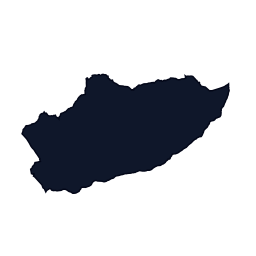 the district of Pesceana, Vâlcea, Romania, rotated 82°
{"feature_id": "2599482B54913622805817", "entity_name": "Pesceana", "entity_type": "district", "adm_level": 2, "iso_a3": "ROU", "parent_name": "Romania", "parent_adm1": "Vâlcea", "projection": "robinson", "projection_center": [24.119, 44.892], "detail": "fine", "context": "isolated", "style": "filled", "palette": "ink", "viewbox_px": 256, "rotation_deg": 82, "n_neighbors": 0, "source": "geoboundaries", "source_scale": "gbopen_adm2", "svg_char_len": 5706}
<svg xmlns="http://www.w3.org/2000/svg" viewBox="0 0 256 256"><g transform="rotate(82 128 128)"><path d="M179.8,218.3L179.1,217.8L178.4,217.0L177.9,216.1L177.6,215.2L177.1,214.4L177.1,213.6L177.5,212.9L178.8,212.3L179.2,211.7L179.3,211.1L179.6,210.6L179.7,208.6L180.3,207.1L180.4,203.2L180.3,202.5L179.9,201.6L179.7,200.7L179.7,200.1L180.0,198.5L180.6,197.5L182.6,195.3L183.6,193.2L184.7,192.1L184.9,191.8L185.1,190.4L185.1,188.7L183.9,185.3L182.8,184.6L181.9,183.5L180.5,182.6L180.2,182.4L180.2,181.9L180.5,180.8L180.4,179.7L180.7,179.1L180.8,178.6L180.7,177.5L180.3,175.9L180.2,174.8L179.3,172.7L178.3,171.8L177.0,171.0L176.4,170.2L175.5,168.4L175.5,167.2L175.6,166.7L176.2,165.5L177.0,161.4L177.3,160.6L177.8,159.5L177.9,158.7L177.7,157.6L177.8,157.5L177.5,156.4L177.0,155.9L177.0,154.6L176.6,153.5L176.2,152.7L176.0,152.1L175.8,151.8L175.6,149.7L175.2,148.9L174.6,148.2L173.8,146.8L173.7,144.8L173.7,143.7L173.3,141.4L173.3,139.8L172.8,137.4L173.0,136.0L172.9,134.7L173.0,132.4L173.1,131.4L172.8,130.0L173.0,129.0L172.8,128.1L173.0,127.3L172.6,126.4L172.1,124.1L171.7,123.1L171.8,122.1L172.6,119.6L172.9,117.6L172.8,115.8L172.5,114.9L172.8,112.7L172.7,111.8L172.3,110.5L171.1,108.7L170.2,106.8L169.3,104.0L169.5,101.3L169.4,100.9L168.5,99.0L168.4,98.0L167.2,95.9L166.4,95.3L165.6,94.1L165.2,93.3L164.4,92.6L164.5,91.3L164.2,90.7L162.7,90.0L161.8,88.9L160.1,87.8L160.1,86.8L160.0,86.0L160.1,84.5L159.6,82.2L159.1,81.1L158.1,79.3L157.6,77.9L156.3,76.0L155.2,73.0L153.0,70.3L151.4,67.4L150.0,65.7L148.6,63.5L148.4,63.0L148.4,62.3L147.6,61.3L147.2,60.6L146.6,58.5L146.3,57.7L146.7,57.2L146.6,56.7L145.5,55.7L142.4,53.8L141.0,53.3L139.4,51.4L138.4,49.8L137.9,49.3L136.9,48.6L136.4,48.4L135.5,47.3L134.9,46.9L133.5,46.4L133.2,46.1L132.6,44.8L132.4,42.1L131.9,41.1L130.5,39.7L130.4,38.6L130.0,37.4L129.7,35.7L129.5,35.3L128.2,34.3L125.7,33.7L124.5,33.7L123.4,33.2L122.0,33.1L121.4,32.4L120.7,32.0L120.2,31.1L119.7,30.5L116.6,28.8L115.6,28.0L113.9,27.2L112.5,26.0L110.3,25.0L109.2,24.3L106.8,23.6L106.0,23.1L105.1,22.7L103.8,22.7L102.7,23.0L102.2,22.6L100.7,22.7L100.1,22.6L99.7,22.4L98.3,22.3L98.9,23.2L99.6,25.1L100.2,26.1L100.6,27.3L101.0,29.0L101.6,32.1L102.8,39.4L102.5,42.2L98.3,45.7L96.8,49.8L95.7,50.2L95.7,50.3L94.5,50.9L93.6,51.1L93.2,50.9L92.8,51.0L92.8,52.1L92.7,52.2L92.1,52.6L91.7,53.0L90.6,53.2L89.9,54.1L88.9,54.6L88.0,55.3L86.6,56.2L86.0,56.7L85.6,57.6L85.4,58.4L85.3,60.4L85.0,61.4L85.0,62.9L84.8,63.6L84.4,64.0L85.5,63.9L86.4,63.6L86.7,64.1L86.9,65.3L87.1,66.0L86.9,67.5L86.9,68.0L87.4,70.1L87.3,71.4L86.8,72.4L86.6,73.1L86.2,73.2L86.0,73.4L85.7,73.8L85.6,74.2L85.4,74.6L85.4,75.2L85.3,75.4L85.3,75.9L84.8,76.5L84.8,76.9L85.0,77.4L84.4,78.5L84.7,79.3L85.0,79.6L85.5,79.7L85.6,79.9L85.6,80.3L85.4,80.8L85.7,81.3L85.6,82.0L85.9,82.6L86.0,83.4L86.4,83.8L86.4,84.1L86.0,84.5L86.1,85.0L85.8,85.4L86.1,86.3L86.2,86.7L86.5,87.3L86.6,87.9L86.5,88.0L86.0,88.1L85.7,88.4L85.6,88.6L85.8,89.8L84.8,90.9L84.6,91.3L84.6,91.7L85.1,92.8L85.5,93.2L85.6,93.8L87.2,95.7L87.1,96.0L86.7,96.2L86.5,96.4L86.6,96.7L86.4,97.8L86.5,99.2L86.6,99.5L86.5,101.5L86.9,103.0L86.7,104.7L86.6,105.5L86.6,106.4L87.1,108.2L87.6,109.2L87.1,110.8L87.1,111.7L87.6,112.3L88.3,112.8L88.4,113.1L88.3,113.5L89.6,115.0L89.6,116.3L90.0,116.7L90.6,116.7L91.1,117.0L91.2,117.4L90.7,118.1L90.7,118.5L91.0,118.9L90.7,119.3L89.5,120.2L87.8,121.6L87.2,122.4L87.0,122.8L86.9,123.5L86.6,124.5L86.5,125.6L85.8,127.1L85.2,129.9L84.9,130.9L84.4,131.6L83.4,132.3L83.0,133.1L82.2,133.8L82.0,134.1L81.8,134.9L80.4,136.2L79.9,136.5L79.4,136.7L78.5,136.7L78.4,136.8L78.7,137.4L78.7,137.6L78.3,138.1L78.0,139.0L77.8,139.2L77.0,139.4L76.1,140.7L75.1,140.6L73.9,140.6L73.7,141.5L72.7,142.1L72.2,142.7L72.1,143.8L71.5,145.0L71.4,146.2L71.8,146.8L71.9,147.3L72.2,147.7L72.2,148.1L71.9,148.5L71.2,149.0L71.1,149.4L71.1,150.0L71.4,150.5L71.5,151.3L71.3,151.9L71.6,152.4L71.6,152.5L71.2,152.8L70.9,153.1L70.9,155.5L71.1,156.2L72.2,156.2L72.7,156.5L72.9,156.9L72.9,157.6L74.2,159.2L74.3,159.4L74.2,160.1L74.5,160.7L74.4,160.9L73.7,160.9L72.9,161.2L72.7,161.5L73.4,162.1L73.5,162.6L75.4,162.5L77.5,162.9L80.7,163.2L81.9,163.6L82.7,164.5L85.0,165.1L85.0,165.3L88.8,165.6L88.9,168.0L89.1,168.3L88.9,168.8L88.8,169.2L89.4,169.9L89.3,170.6L90.3,171.3L90.4,171.8L90.8,172.4L92.3,173.7L93.3,174.2L93.8,174.9L94.3,175.5L94.5,176.1L94.9,176.5L96.1,177.2L96.9,178.1L99.3,179.3L99.6,179.7L99.9,180.6L100.1,182.2L100.7,183.2L100.8,183.6L100.6,184.0L100.7,184.3L103.4,187.7L103.3,188.6L103.8,189.4L103.9,190.1L104.2,191.2L104.2,191.8L104.4,192.3L104.6,192.6L106.6,193.4L107.5,194.6L108.0,194.9L109.5,195.2L107.9,196.3L107.9,196.7L107.7,197.2L107.5,197.3L106.4,197.9L105.3,198.1L105.5,199.0L105.2,199.5L105.4,200.3L105.6,200.6L105.6,200.8L105.5,201.6L105.3,201.9L105.3,203.5L105.0,204.7L104.3,205.7L102.5,206.5L102.0,206.9L101.9,207.0L102.0,207.3L101.9,207.8L102.1,208.0L100.5,208.8L100.9,209.1L101.1,209.1L101.4,209.3L101.6,209.9L101.9,210.2L101.7,211.0L101.8,211.5L102.1,212.0L102.2,212.5L102.8,213.2L103.5,213.4L104.3,214.2L106.2,214.6L107.1,215.5L108.4,216.3L109.5,218.1L110.1,218.8L110.3,219.2L110.5,220.2L110.7,222.8L111.7,224.3L111.5,225.0L111.8,226.4L111.7,227.1L111.6,228.4L111.7,228.6L112.0,229.1L113.4,230.0L114.8,231.8L115.2,232.1L116.6,232.4L119.0,233.7L120.5,232.6L124.7,229.8L128.9,227.9L132.7,226.5L135.0,225.2L136.0,224.3L140.0,222.5L141.6,221.6L146.3,219.4L146.8,219.8L148.9,219.4L149.2,222.0L149.3,224.9L150.3,225.3L151.3,226.0L151.7,226.2L152.7,227.7L153.1,228.0L154.0,228.2L155.3,230.1L159.8,229.9L160.0,229.2L160.6,228.5L160.1,228.6L160.2,227.7L160.5,227.7L160.4,227.5L160.8,227.5L161.5,228.0L162.0,227.7L162.5,228.2L163.5,227.1L172.3,221.1L175.2,220.5L175.6,220.3L176.4,219.3L179.8,218.3Z" fill="#0f172a" stroke="#020617" stroke-width="1.5"/></g></svg>